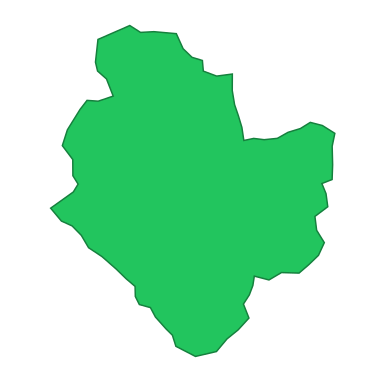 Águas de Lindóia, São Paulo, Brazil (Natural Earth projection), rotated 272°
{"feature_id": "56859067B8082951902088", "entity_name": "Águas de Lindóia", "entity_type": "district", "adm_level": 2, "iso_a3": "BRA", "parent_name": "Brazil", "parent_adm1": "São Paulo", "projection": "natural_earth1", "projection_center": [-46.603, -22.475], "detail": "fine", "context": "isolated", "style": "filled", "palette": "green", "viewbox_px": 384, "rotation_deg": 272, "n_neighbors": 0, "source": "geoboundaries", "source_scale": "gbopen_adm2", "svg_char_len": 1073}
<svg xmlns="http://www.w3.org/2000/svg" viewBox="0 0 384 384"><g transform="rotate(272 192 192)"><path d="M158.4,62.5L153.9,73.4L144.8,82.9L132.7,90.6L124.3,104.3L112.2,119.1L103.0,129.2L95.7,138.4L85.6,139.0L77.7,143.3L75.0,154.5L65.8,159.8L54.3,170.8L48.2,177.4L37.2,181.3L27.8,201.2L33.4,222.0L46.4,232.1L55.9,243.0L68.0,253.3L81.8,247.3L91.2,252.9L100.7,256.1L110.1,257.2L106.8,272.0L114.6,284.2L114.7,301.8L123.4,311.2L133.1,320.6L146.0,326.0L158.1,317.9L171.9,315.7L182.0,328.2L195.0,326.0L205.0,321.5L209.4,331.6L224.1,331.6L242.6,330.5L255.6,332.7L263.0,320.0L265.7,307.8L259.2,298.1L255.0,285.9L248.6,275.4L246.8,262.3L247.7,251.8L245.3,242.0L258.3,239.6L269.8,235.7L280.8,231.5L294.8,228.7L311.3,228.2L308.7,212.6L313.2,199.1L323.8,197.8L326.6,187.3L334.9,178.1L349.7,170.8L350.9,148.3L349.7,135.0L356.2,124.0L341.2,92.7L318.4,91.0L309.6,93.4L302.0,102.6L285.1,109.9L279.5,95.1L279.9,83.9L270.7,77.3L261.3,71.9L249.8,65.3L233.8,60.8L220.3,71.7L204.1,72.4L195.9,77.9L187.9,73.4L170.9,51.3L158.4,62.5Z" fill="#22c55e" stroke="#15803d" stroke-width="1.5"/></g></svg>